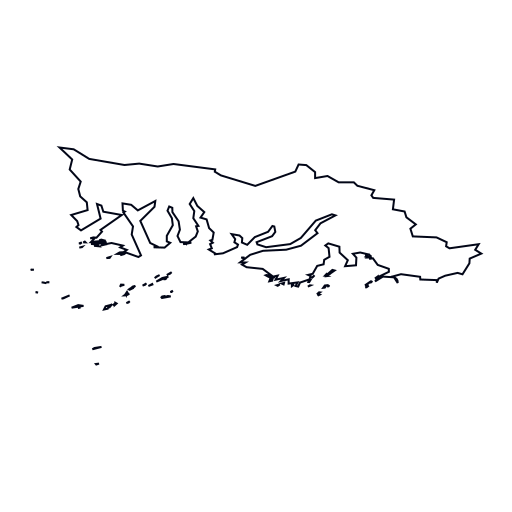 Reykhólahreppur, Vestfirðir, Iceland
{"feature_id": "244011B19971250001035", "entity_name": "Reykhólahreppur", "entity_type": "district", "adm_level": 2, "iso_a3": "ISL", "parent_name": "Iceland", "parent_adm1": "Vestfirðir", "projection": "robinson", "projection_center": [-22.458, 65.5], "detail": "fine", "context": "isolated", "style": "outline", "palette": "ink", "viewbox_px": 512, "rotation_deg": 0, "n_neighbors": 0, "source": "geoboundaries", "source_scale": "gbopen_adm2", "svg_char_len": 6106}
<svg xmlns="http://www.w3.org/2000/svg" viewBox="0 0 512 512"><path d="M481.3,253.6L475.2,249.8L478.7,244.2L449.5,248.3L446.1,246.3L446.7,242.2L436.5,237.4L412.8,236.4L410.4,228.7L415.8,224.4L406.4,217.3L404.6,211.5L392.9,209.3L394.1,199.6L373.2,197.9L371.4,195.3L374.3,190.2L357.4,185.8L353.8,182.3L338.6,182.3L327.5,176.0L315.1,178.1L315.1,172.1L306.3,165.1L298.6,164.5L295.3,171.6L255.3,185.9L220.9,175.4L214.8,171.7L215.2,169.4L173.5,164.0L157.7,166.5L139.2,163.6L124.5,165.0L89.2,158.9L73.7,149.3L59.5,147.5L72.2,159.5L69.7,169.5L80.7,181.6L78.3,189.0L80.2,196.4L86.8,202.3L87.6,210.1L71.2,215.0L77.2,221.1L78.5,225.1L76.4,227.0L81.0,230.4L100.6,218.6L97.0,204.0L101.4,205.6L103.3,211.7L121.8,215.0L100.5,229.9L102.0,231.6L96.5,237.7L93.4,237.4L90.2,238.3L95.0,237.9L91.0,242.0L101.3,241.0L96.1,242.1L95.5,243.2L97.0,242.5L103.2,242.3L102.5,240.7L99.2,240.3L101.3,239.6L104.6,240.5L103.3,242.5L106.4,241.7L102.2,244.8L111.5,243.0L122.9,245.6L120.2,247.4L126.8,249.9L123.5,252.2L119.7,252.4L117.1,253.9L123.3,254.0L121.0,254.6L120.4,255.2L124.1,254.1L126.1,252.6L138.4,257.0L141.0,255.4L131.7,234.5L133.0,226.4L123.4,212.5L124.8,211.6L122.9,210.7L122.5,203.4L131.2,204.8L137.8,210.4L155.3,201.0L154.5,206.8L140.3,220.9L150.2,243.0L156.6,246.1L153.7,247.3L164.6,247.6L170.2,242.8L166.8,241.4L166.8,235.8L172.8,225.2L171.9,218.2L167.5,210.7L169.2,206.5L172.3,207.8L172.4,212.1L178.6,221.3L179.9,229.7L177.5,236.0L180.5,242.1L188.3,242.4L195.7,236.6L197.8,231.4L196.1,226.3L198.4,225.9L193.3,218.2L194.3,211.1L189.7,204.0L193.3,198.1L197.3,205.9L204.3,212.1L200.5,217.6L206.6,219.4L209.1,228.1L213.7,232.5L212.4,239.8L210.4,240.5L212.8,242.7L210.1,244.1L211.8,248.3L208.8,249.5L216.0,253.9L213.9,254.4L223.0,253.3L237.1,247.1L238.0,244.6L234.4,242.3L235.2,239.1L231.6,234.1L239.5,235.5L242.3,238.1L241.9,242.5L247.2,244.8L254.8,237.1L268.1,231.8L272.4,226.0L274.3,226.5L275.3,231.9L272.1,236.2L256.6,242.2L257.4,244.4L266.1,247.2L290.2,244.1L300.8,238.0L315.8,220.6L331.9,214.3L335.4,215.4L320.5,223.3L315.2,230.2L317.5,233.2L301.0,245.7L286.2,249.7L263.0,250.8L250.2,254.8L240.1,262.4L245.5,262.5L242.0,264.6L246.6,267.2L262.7,268.9L273.1,276.6L277.7,275.6L275.6,279.7L284.0,277.9L280.9,281.0L288.7,279.3L288.6,283.6L297.6,282.4L295.6,286.0L298.2,286.6L300.0,282.6L309.6,279.3L310.6,276.0L308.1,274.9L312.7,273.8L317.2,265.9L323.6,264.3L324.2,259.8L329.5,256.8L328.6,248.1L325.3,245.5L328.3,243.4L339.4,246.7L339.6,252.6L347.8,260.2L345.1,266.2L356.0,265.3L356.4,257.6L352.9,253.8L360.2,252.5L368.8,254.5L370.3,255.7L367.8,257.5L371.9,257.3L369.2,258.9L372.9,258.3L377.7,264.9L388.8,268.8L388.9,271.8L378.6,276.8L375.1,281.4L382.9,276.6L393.7,277.3L392.2,276.6L401.0,274.2L420.1,276.8L420.3,279.5L436.8,280.1L436.8,282.7L438.6,278.6L445.2,275.7L457.6,272.9L462.5,274.3L469.4,263.3L469.7,258.6L481.3,253.6ZM83.5,305.9L78.2,305.1L71.6,307.7L83.5,305.9ZM156.3,281.6L168.4,276.6L162.3,278.0L156.3,281.6ZM109.0,305.4L105.6,306.3L104.0,309.5L107.7,308.7L109.0,305.4ZM334.6,270.5L332.4,269.9L329.0,272.9L330.3,273.5L334.6,270.5ZM272.7,278.5L270.1,279.3L269.3,281.3L272.2,280.7L272.7,278.5ZM102.7,243.0L98.1,242.9L97.0,243.4L97.1,243.9L95.8,243.6L92.2,243.5L91.1,244.0L95.7,244.2L102.7,243.0ZM99.0,246.3L97.5,244.9L94.1,245.8L99.0,246.3ZM275.0,277.4L269.0,276.8L269.9,277.6L275.0,277.4ZM43.4,282.5L41.6,282.3L46.4,283.2L43.4,282.5ZM326.4,285.3L324.8,285.5L323.2,287.8L324.8,287.6L326.4,285.3ZM101.5,346.9L94.5,348.0L92.4,349.3L101.5,346.9ZM366.3,285.1L371.3,281.0L365.0,285.3L366.3,285.1ZM135.3,285.9L132.9,286.5L130.9,288.1L133.1,287.7L135.3,285.9ZM170.7,296.4L167.9,296.0L161.4,298.1L170.7,296.4ZM126.4,295.3L129.3,293.8L126.5,294.2L126.3,294.9L126.0,294.1L124.3,295.4L126.4,295.3ZM63.5,298.3L69.6,295.4L61.5,298.7L63.5,298.3ZM309.9,285.3L307.9,286.6L310.6,285.4L309.9,285.3ZM270.3,275.7L267.5,274.9L269.3,275.8L266.5,275.0L265.7,275.3L268.4,276.8L270.3,275.7ZM124.3,284.8L121.0,284.6L120.0,286.8L121.0,285.7L124.3,284.8ZM133.7,287.8L130.2,288.5L128.9,289.4L129.6,289.8L133.7,287.8ZM152.4,284.5L152.2,284.0L148.4,286.0L152.4,284.5ZM191.3,242.7L188.7,242.4L187.0,243.6L191.3,242.7ZM327.7,276.0L326.3,275.4L324.5,276.4L327.7,276.0ZM283.6,284.4L284.0,282.9L281.7,283.5L283.6,284.4ZM96.3,364.5L99.0,363.6L95.9,364.0L96.3,364.5ZM160.9,297.9L165.5,295.9L162.2,296.5L160.9,297.9ZM291.9,286.2L294.1,284.7L291.9,285.1L291.9,286.2ZM313.2,276.8L314.5,275.3L311.3,278.2L313.2,276.8ZM101.5,245.4L105.2,244.5L107.2,244.1L101.8,245.0L101.5,245.4ZM377.8,276.9L377.8,276.4L374.9,278.5L377.8,276.9ZM80.3,243.6L81.8,242.4L79.0,243.4L80.3,243.6ZM328.0,274.5L326.7,273.8L325.5,275.1L328.0,274.5ZM116.6,303.5L115.2,302.7L114.9,305.0L116.6,303.5ZM243.7,257.5L241.2,257.5L244.0,258.4L243.7,257.5ZM109.8,307.0L112.1,304.2L109.1,305.9L109.8,307.0ZM142.6,285.6L145.0,284.8L146.4,283.4L142.6,285.6ZM319.9,292.4L319.1,292.3L316.9,294.3L319.9,292.4ZM109.6,257.9L110.3,256.9L106.4,258.1L109.6,257.9ZM187.1,242.9L183.8,244.0L183.1,244.1L185.3,244.0L186.4,243.6L186.5,243.8L187.1,242.9ZM397.7,283.0L397.5,280.7L396.7,279.1L395.1,277.8L394.1,277.4L397.7,283.0ZM366.6,257.1L367.2,255.8L365.8,256.8L366.6,257.1ZM33.9,269.7L31.4,269.6L30.7,269.9L33.9,269.7ZM165.3,279.2L166.8,278.1L163.5,279.3L165.3,279.2ZM154.7,278.1L157.3,276.4L159.6,275.1L156.5,276.5L154.7,278.1ZM85.6,242.4L84.8,241.6L83.3,242.4L85.6,242.4ZM277.7,285.8L279.8,284.4L276.7,285.3L277.7,285.8ZM369.9,282.7L371.2,282.3L372.3,281.0L369.9,282.7ZM114.6,304.1L113.9,304.3L112.7,305.2L114.6,304.1ZM365.2,255.5L367.1,255.4L367.2,254.8L365.2,255.5ZM126.4,303.1L128.5,302.5L129.7,301.3L126.4,303.1ZM319.8,294.6L318.9,294.2L317.7,295.6L319.8,294.6ZM171.6,292.0L172.8,290.7L170.4,292.0L171.6,292.0ZM127.6,293.0L127.0,291.9L126.2,293.1L127.6,293.0ZM310.3,280.3L308.7,280.9L308.3,282.0L309.2,282.1L310.3,280.3ZM79.3,247.6L82.0,247.1L82.3,246.8L79.3,247.6ZM365.3,287.6L366.7,287.2L368.8,285.6L365.3,287.6ZM48.2,282.1L46.3,282.4L49.3,282.3L48.2,282.1ZM327.2,286.7L328.7,286.2L329.2,285.2L327.2,286.7ZM166.8,275.0L170.0,273.7L171.6,272.2L166.8,275.0ZM38.0,292.6L36.6,292.1L35.6,292.3L38.0,292.6ZM79.9,307.6L80.4,307.3L77.9,308.1L79.9,307.6Z" fill="none" stroke="#020617" stroke-width="2"/></svg>